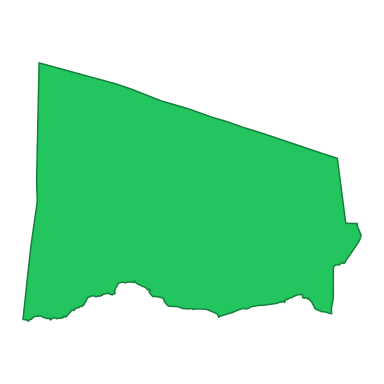 the district of Falealili, Tuamasaga, Samoa
{"feature_id": "51752279B81921466612681", "entity_name": "Falealili", "entity_type": "district", "adm_level": 2, "iso_a3": "WSM", "parent_name": "Samoa", "parent_adm1": "Tuamasaga", "projection": "robinson", "projection_center": [-171.676, -13.991], "detail": "fine", "context": "isolated", "style": "filled", "palette": "green", "viewbox_px": 384, "rotation_deg": 0, "n_neighbors": 0, "source": "geoboundaries", "source_scale": "gbopen_adm2", "svg_char_len": 3970}
<svg xmlns="http://www.w3.org/2000/svg" viewBox="0 0 384 384"><path d="M70.6,71.5L39.1,62.9L36.6,181.0L37.3,201.3L30.9,246.3L27.9,273.5L23.0,319.3L24.6,319.8L26.5,319.7L27.9,321.0L28.5,321.1L29.2,319.9L29.8,319.9L30.2,319.4L31.4,319.3L32.2,318.4L32.5,318.3L32.4,317.8L33.6,316.9L34.5,316.9L35.6,316.2L38.1,316.3L38.8,315.9L41.1,316.1L42.0,316.8L42.5,316.8L43.4,317.5L44.4,317.5L45.5,318.1L46.7,318.3L47.0,318.6L47.4,318.3L48.6,318.2L49.4,318.6L49.5,319.1L50.3,319.3L50.5,319.8L51.4,319.3L51.6,318.3L52.2,318.5L52.6,318.0L53.6,317.8L55.0,317.9L56.9,318.8L58.1,318.2L59.1,317.9L59.7,318.4L61.8,318.0L61.8,317.5L63.1,317.5L63.3,317.1L63.8,317.1L64.1,316.3L65.2,316.7L65.4,316.3L66.0,316.1L66.1,316.8L66.6,316.5L66.5,315.9L67.0,315.8L68.5,313.9L69.9,312.5L70.5,312.0L70.7,311.4L71.4,310.8L71.7,310.1L72.4,309.9L73.6,310.6L74.4,309.7L74.9,309.4L75.4,308.6L76.0,308.5L77.2,307.8L77.7,307.8L78.2,307.3L79.3,307.5L79.9,306.7L80.4,306.3L81.9,306.5L82.6,305.6L83.3,305.4L83.4,304.8L84.1,304.5L84.4,303.2L85.5,302.4L85.4,301.8L86.2,300.9L86.8,299.8L86.8,299.1L87.3,297.7L87.6,297.8L88.2,297.1L89.4,297.1L90.4,296.2L91.0,296.3L92.1,295.8L93.2,295.9L95.5,296.6L96.0,296.8L98.4,296.1L99.1,296.2L100.4,296.0L100.9,295.4L102.3,295.4L102.4,294.9L103.6,294.0L105.3,293.9L107.4,293.3L107.8,293.4L108.2,293.0L109.3,293.6L109.4,294.0L110.2,294.1L110.4,294.4L112.4,294.8L112.7,294.3L113.9,294.1L114.6,293.8L115.1,293.1L115.0,292.6L114.3,291.8L114.5,291.0L115.0,290.2L115.2,289.1L115.5,288.2L116.1,287.7L116.6,286.3L117.3,285.7L117.9,284.0L118.9,283.2L119.5,282.5L120.3,282.5L121.7,282.3L123.3,282.4L125.8,282.9L127.2,282.2L129.1,281.9L130.3,282.1L131.4,282.0L133.8,282.5L134.1,281.4L134.5,281.1L135.0,281.6L136.1,283.0L136.6,283.2L137.7,284.0L139.0,284.7L139.8,284.7L141.1,285.3L141.6,285.9L142.6,286.5L144.4,286.8L145.7,287.7L146.5,288.4L147.4,289.7L147.8,289.2L149.3,289.5L149.7,290.1L150.3,290.3L149.5,290.6L149.1,291.2L149.1,291.7L149.6,292.7L151.2,294.8L153.0,296.8L154.0,296.4L154.6,296.4L156.6,296.8L157.6,296.6L159.0,297.0L159.8,297.4L160.5,297.3L163.5,298.5L163.8,298.9L163.9,300.9L164.5,301.7L166.4,304.2L167.4,305.1L168.1,306.0L169.0,306.3L170.0,306.3L171.2,306.1L172.8,306.5L174.9,306.5L175.6,306.6L176.5,306.5L177.5,306.6L178.6,306.9L181.0,307.9L183.8,308.7L187.5,308.8L188.2,309.0L190.6,308.6L192.4,308.7L192.8,309.4L194.8,309.0L199.4,308.9L202.4,309.0L205.8,309.3L208.0,309.9L213.4,312.2L214.9,312.9L217.2,313.8L217.9,314.8L217.8,315.7L218.3,316.3L218.7,317.2L219.3,316.8L220.9,316.0L223.7,315.1L226.0,314.5L228.6,313.5L229.6,313.4L231.6,312.8L234.1,311.9L236.3,310.8L239.1,309.6L240.3,309.2L244.6,308.3L244.7,308.5L245.6,309.0L246.3,309.0L248.0,308.5L250.9,307.0L252.9,306.4L255.6,306.0L257.0,305.6L257.9,305.6L260.4,305.3L263.5,305.3L266.5,304.8L267.0,304.7L271.0,304.3L275.2,303.5L276.5,303.5L278.7,302.6L280.1,302.2L283.1,301.9L283.6,301.7L284.2,300.7L284.5,300.8L284.7,302.1L285.1,301.8L284.9,300.9L286.1,299.6L286.7,299.2L287.5,299.4L288.9,298.4L290.5,297.7L291.9,297.8L292.3,297.1L293.5,296.4L295.2,295.9L296.0,295.3L298.0,294.8L299.8,294.6L301.8,294.7L302.3,294.8L302.7,295.5L302.5,296.5L302.9,297.7L304.2,298.3L305.4,297.6L306.0,297.8L307.5,298.8L307.9,298.7L308.6,298.1L308.9,298.4L309.0,299.3L311.6,301.9L312.1,302.7L312.6,304.0L313.5,305.3L314.7,308.2L315.4,308.9L316.5,309.6L318.0,310.0L318.7,310.5L320.5,311.0L321.8,311.8L324.6,311.8L325.3,312.0L328.5,313.0L329.3,313.4L331.6,313.7L331.4,308.6L333.3,298.1L333.4,266.9L335.0,265.6L335.6,264.9L337.2,264.9L338.5,265.0L339.3,264.7L340.4,264.0L341.0,262.7L341.4,262.5L342.9,263.2L343.7,263.4L344.5,263.1L345.4,261.9L346.3,259.7L348.0,257.6L348.8,256.3L351.5,252.5L358.7,241.9L360.3,238.4L360.4,237.5L360.9,236.0L361.0,235.0L358.8,229.6L357.9,227.9L357.4,226.1L357.1,224.3L357.1,223.5L345.8,223.3L337.3,158.3L320.5,152.9L262.7,133.4L241.6,126.9L233.1,123.8L225.9,121.3L212.1,117.3L188.4,108.8L160.9,100.8L132.6,89.6L116.1,83.9L101.0,79.8L90.2,76.9L70.6,71.5Z" fill="#22c55e" stroke="#15803d" stroke-width="1.5"/></svg>